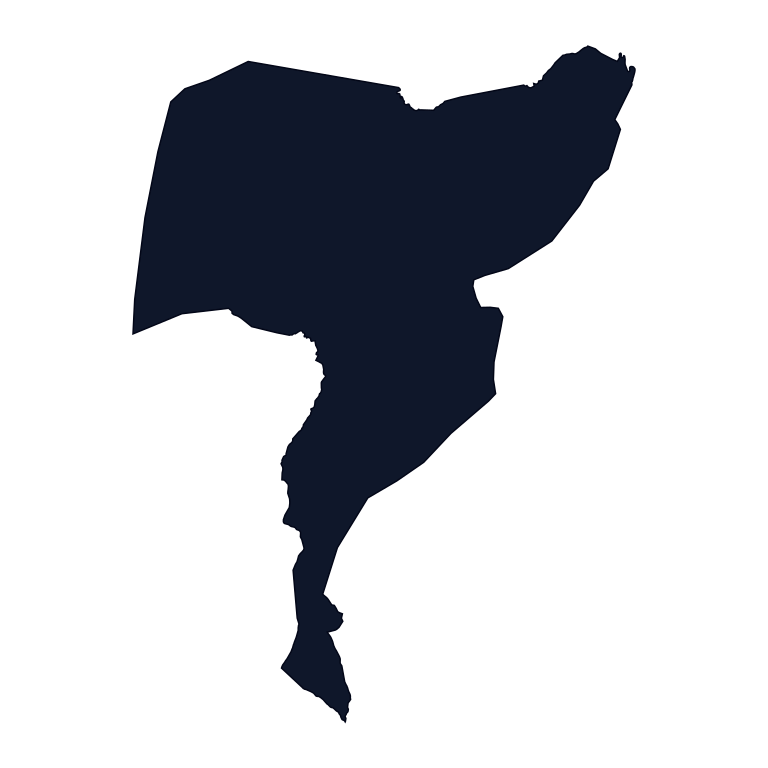 the district of South Dayi, Volta, Ghana
{"feature_id": "2480657B27395942809935", "entity_name": "South Dayi", "entity_type": "district", "adm_level": 2, "iso_a3": "GHA", "parent_name": "Ghana", "parent_adm1": "Volta", "projection": "natural_earth1", "projection_center": [0.223, 6.546], "detail": "fine", "context": "isolated", "style": "filled", "palette": "ink", "viewbox_px": 768, "rotation_deg": 0, "n_neighbors": 0, "source": "geoboundaries", "source_scale": "gbopen_adm2", "svg_char_len": 6020}
<svg xmlns="http://www.w3.org/2000/svg" viewBox="0 0 768 768"><path d="M624.2,55.8L623.8,55.7L623.5,56.1L623.4,56.8L622.9,57.4L622.5,57.6L621.9,57.5L621.5,57.2L621.2,56.7L620.9,56.0L621.1,55.9L621.3,55.1L621.1,53.6L620.8,53.3L620.3,53.2L619.8,53.5L619.5,53.9L619.3,54.6L619.6,57.6L617.3,61.4L612.7,59.5L600.7,53.3L595.4,48.9L587.8,46.1L587.4,46.6L586.6,47.2L584.6,47.7L583.2,48.5L580.4,50.7L579.3,51.7L576.3,53.6L575.6,53.8L574.9,54.0L572.8,53.5L571.7,53.5L569.9,54.0L566.5,54.3L564.5,55.1L562.9,55.3L555.1,62.8L553.9,64.7L550.8,68.7L548.4,70.5L546.6,72.9L543.5,75.8L542.4,80.2L538.7,81.1L538.4,82.9L536.4,84.3L533.7,83.5L534.2,86.2L530.8,87.9L528.5,87.4L526.9,85.6L525.8,86.2L524.3,85.7L523.8,85.1L460.7,97.1L444.8,101.4L443.8,102.6L443.0,103.5L440.6,104.7L438.5,106.8L436.8,107.0L436.1,107.4L433.7,110.3L420.9,109.9L419.5,110.0L419.0,109.4L418.6,109.3L417.9,110.1L417.3,110.4L416.6,110.6L415.8,110.6L414.8,110.4L414.0,110.0L413.9,109.8L413.7,109.8L413.2,109.2L412.7,109.0L412.1,108.6L411.7,108.0L411.0,107.5L410.4,107.2L410.1,106.9L409.3,104.9L409.0,104.8L408.8,104.2L408.1,104.1L407.5,104.5L406.5,104.7L405.6,104.6L404.5,104.1L404.0,102.8L404.2,102.0L404.2,101.2L403.6,100.4L402.9,99.4L403.0,99.1L402.9,98.6L402.3,97.2L402.0,96.8L401.3,96.5L401.1,98.1L400.5,98.0L400.3,97.4L399.9,95.2L399.8,94.1L398.9,93.5L397.3,93.7L396.8,93.3L396.9,92.3L397.4,91.6L398.1,91.3L398.6,90.9L399.5,90.8L400.1,90.3L400.2,89.6L400.0,89.0L398.6,87.6L248.2,61.5L209.3,80.3L184.9,88.8L170.8,101.9L157.9,151.8L145.0,217.5L134.7,299.5L133.0,333.9L181.9,313.7L228.6,308.3L230.8,310.1L232.0,311.2L232.1,313.3L233.7,314.6L237.5,315.9L239.3,316.9L241.4,318.3L251.7,326.6L277.1,332.8L289.4,335.2L290.2,334.9L292.2,334.9L293.7,333.7L294.5,333.6L295.2,333.8L297.4,332.5L298.0,332.0L298.7,331.7L300.0,330.7L301.1,330.9L301.8,330.9L302.5,331.4L303.0,332.7L303.2,332.9L304.0,333.0L304.4,333.2L304.7,333.7L304.8,334.2L304.7,334.8L304.2,336.0L304.2,336.4L304.4,336.8L304.6,336.8L305.4,336.3L305.8,336.4L306.0,336.7L306.5,337.8L306.8,338.0L307.1,337.8L307.6,337.2L308.0,337.1L309.4,337.9L310.2,338.1L310.5,338.3L310.9,340.5L311.3,341.2L311.8,341.2L312.4,341.0L313.8,340.8L315.0,340.8L315.8,345.5L316.2,346.1L317.2,348.2L317.9,350.2L317.8,351.3L317.6,351.7L317.3,352.1L316.6,352.5L316.1,354.2L316.5,354.7L318.0,355.0L318.1,355.5L318.0,356.0L315.9,360.3L318.8,361.7L320.5,362.7L321.9,363.3L322.3,364.2L322.8,364.8L323.7,369.4L323.6,370.4L323.5,372.2L323.7,373.7L324.2,374.5L325.3,375.4L325.6,375.7L325.4,376.9L323.9,378.7L321.6,381.8L321.3,382.8L321.4,388.0L321.7,389.3L321.6,389.8L321.3,391.3L321.0,392.2L320.6,392.8L320.2,393.4L319.6,393.7L319.5,394.0L318.9,396.2L318.7,396.6L318.1,397.2L317.6,398.1L316.8,398.7L316.2,399.6L315.5,400.3L315.1,401.0L314.8,404.4L314.3,406.8L313.7,407.5L313.0,408.1L311.6,408.6L311.0,408.9L310.9,409.5L311.4,410.6L311.6,411.1L311.4,411.7L310.8,412.9L310.7,413.9L310.6,414.5L310.3,415.0L307.6,418.0L306.9,419.7L303.4,424.7L303.3,426.1L303.0,426.7L302.8,427.6L301.9,428.2L301.6,429.6L300.9,430.3L300.2,430.9L299.4,431.3L299.1,431.6L292.8,438.8L292.7,440.9L292.3,441.8L291.6,442.7L289.5,444.4L288.9,445.3L288.0,446.8L287.8,447.4L286.1,453.7L286.2,454.7L285.9,455.2L285.5,455.5L284.4,456.1L283.7,456.5L283.4,457.1L282.0,460.2L282.1,461.9L281.2,463.4L281.1,463.8L282.7,467.2L282.9,468.8L282.8,470.1L282.2,472.8L281.9,479.8L284.3,480.1L286.1,481.9L287.0,483.1L287.9,483.9L288.4,485.7L288.4,486.5L288.2,489.2L287.9,491.3L287.8,493.3L289.6,498.8L289.8,501.7L289.8,503.3L289.3,507.5L285.0,515.0L283.4,519.7L283.4,521.8L283.8,522.8L284.6,523.5L285.6,523.8L287.9,524.4L288.6,524.6L290.4,526.0L291.4,526.5L293.7,527.0L294.8,527.4L295.5,528.0L296.5,529.4L297.3,529.8L298.7,530.2L299.4,530.7L300.1,531.4L300.4,531.9L300.6,533.1L300.4,536.8L301.4,538.8L301.7,539.1L304.1,548.2L303.6,550.0L302.3,551.6L300.2,553.7L298.6,555.9L297.9,558.7L297.0,561.8L295.5,564.3L293.1,570.2L297.2,618.1L299.1,624.3L298.7,624.9L298.5,625.5L298.2,627.8L298.2,630.4L296.7,635.8L296.1,637.7L294.4,642.1L293.7,644.4L293.5,644.6L292.6,647.9L292.3,648.7L292.0,649.1L291.6,650.5L291.3,650.9L291.2,651.5L287.1,658.7L285.4,661.0L284.8,662.1L282.7,665.0L281.9,666.8L281.5,668.1L302.4,687.5L303.2,688.4L304.7,689.2L306.1,689.5L311.1,691.7L312.9,692.7L313.7,693.2L314.4,694.0L315.6,695.5L316.2,696.1L317.6,696.4L318.4,696.3L320.3,697.3L323.2,699.6L325.8,702.6L327.3,704.2L327.7,704.3L330.4,707.0L331.3,707.4L332.0,707.6L332.6,707.6L333.2,708.0L334.1,708.7L336.4,710.9L338.5,712.2L338.8,712.8L339.1,713.7L340.4,715.3L341.0,717.4L342.0,719.4L342.4,719.8L343.1,720.0L344.3,720.6L344.7,721.0L345.2,721.9L345.4,721.5L345.9,718.4L345.7,717.9L345.2,716.9L345.1,716.4L345.4,715.6L346.2,714.3L346.3,713.8L346.5,713.3L347.7,712.0L348.0,711.4L348.3,709.7L348.3,709.1L347.7,707.8L347.6,706.9L348.0,703.4L348.2,702.8L350.6,699.5L350.3,697.4L350.4,696.8L350.3,695.4L349.9,694.1L348.7,691.6L348.0,689.5L347.6,687.9L347.2,687.1L346.9,686.1L346.1,684.8L344.7,681.8L341.8,665.8L340.5,663.9L340.2,663.1L340.1,662.3L340.2,659.6L340.1,658.6L339.7,657.4L339.3,656.4L336.5,651.0L335.2,648.9L334.6,647.7L333.7,645.6L332.7,641.8L332.3,640.7L330.8,637.3L329.7,635.6L327.9,633.3L327.7,632.7L327.3,632.1L329.4,631.6L335.2,630.1L336.7,629.3L339.0,627.3L342.8,621.3L341.4,618.3L342.4,613.8L339.4,612.7L338.0,611.9L337.6,611.5L336.2,608.5L334.3,605.4L331.7,604.9L328.4,599.8L327.6,598.7L326.6,597.6L323.8,595.3L322.7,594.2L337.4,547.6L367.8,497.9L396.8,480.9L423.7,462.3L450.9,433.4L488.5,401.1L495.6,393.7L493.4,379.4L494.0,362.0L501.0,326.9L502.8,316.7L498.3,308.3L490.2,307.3L480.7,307.5L476.1,298.1L472.8,286.4L473.8,279.8L484.9,275.4L508.3,268.6L551.8,241.0L579.6,205.2L593.5,181.2L608.1,168.8L620.4,129.4L617.8,123.9L614.8,119.6L631.9,84.9L631.8,83.4L631.6,83.1L631.6,82.4L632.2,81.5L632.6,80.3L632.9,78.5L633.6,76.3L634.6,72.6L634.9,71.0L635.0,69.9L634.9,68.8L633.6,67.1L632.8,66.7L631.0,66.5L630.2,66.9L629.7,67.5L629.6,68.8L629.9,70.3L629.5,71.4L628.3,71.5L627.7,71.2L627.1,69.9L625.1,64.5L625.0,62.7L625.1,59.3L624.6,56.2L624.2,55.8Z" fill="#0f172a" stroke="#020617" stroke-width="1.5"/></svg>